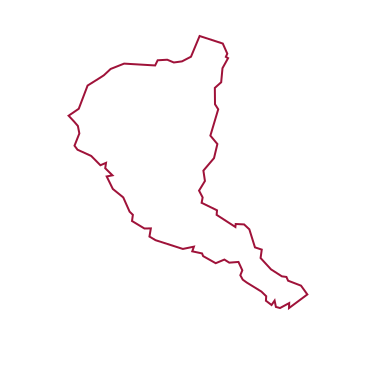 Marion, South Carolina, United States of America, rotated 336°
{"feature_id": "52423323B89464999427747", "entity_name": "Marion", "entity_type": "district", "adm_level": 2, "iso_a3": "USA", "parent_name": "United States of America", "parent_adm1": "South Carolina", "projection": "mercator", "projection_center": [-79.345, 33.998], "detail": "fine", "context": "isolated", "style": "outline", "palette": "rose", "viewbox_px": 384, "rotation_deg": 336, "n_neighbors": 0, "source": "geoboundaries", "source_scale": "gbopen_adm2", "svg_char_len": 1211}
<svg xmlns="http://www.w3.org/2000/svg" viewBox="0 0 384 384"><g transform="rotate(336 192 192)"><path d="M113.0,79.9L114.6,85.3L112.9,92.7L103.5,101.9L104.6,106.8L114.6,118.1L119.2,130.3L125.3,130.4L122.4,135.0L126.1,144.4L120.4,143.1L120.9,157.0L127.0,169.0L127.0,184.6L128.7,188.8L125.4,194.1L133.7,206.0L139.6,208.5L135.0,215.4L139.1,221.2L160.5,240.3L171.5,242.7L168.1,246.3L176.2,252.2L176.1,255.1L184.7,266.7L194.1,266.9L197.3,271.7L206.0,274.8L206.1,284.0L202.3,287.7L202.7,292.7L205.2,297.0L214.9,311.2L217.4,317.4L215.3,321.4L218.7,327.6L223.3,324.8L221.9,331.1L225.2,333.8L235.6,333.0L233.4,337.5L255.7,332.5L253.5,321.9L243.7,312.1L243.7,308.0L239.8,305.6L232.7,294.8L227.8,280.2L232.3,273.0L227.0,268.2L229.2,249.4L226.4,242.8L218.9,239.0L217.4,241.6L205.2,222.9L207.4,218.9L196.4,205.8L199.5,201.3L199.0,193.6L208.3,187.2L211.1,177.1L225.9,170.0L234.7,158.5L231.7,148.0L249.6,127.1L248.7,121.2L255.2,106.2L263.3,103.6L270.2,91.3L279.4,84.4L277.9,82.3L280.5,80.0L280.5,68.9L262.4,52.6L246.1,68.0L236.0,68.6L228.1,66.3L223.2,61.1L214.2,57.7L209.8,61.4L182.2,47.1L167.7,46.5L159.0,49.5L156.0,50.0L139.9,52.3L122.4,69.9L110.3,72.1L113.0,79.9Z" fill="none" stroke="#9f1239" stroke-width="2"/></g></svg>